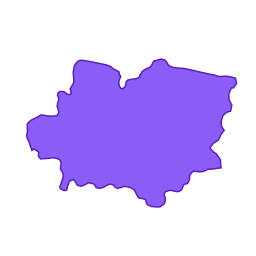 outline of Kruhlaye, Mogilev, Belarus, rotated 192°
{"feature_id": "67162791B94243355622129", "entity_name": "Kruhlaye", "entity_type": "district", "adm_level": 2, "iso_a3": "BLR", "parent_name": "Belarus", "parent_adm1": "Mogilev", "projection": "albers", "projection_center": [29.746, 54.199], "detail": "fine", "context": "isolated", "style": "filled", "palette": "violet", "viewbox_px": 256, "rotation_deg": 192, "n_neighbors": 0, "source": "geoboundaries", "source_scale": "gbopen_adm2", "svg_char_len": 2761}
<svg xmlns="http://www.w3.org/2000/svg" viewBox="0 0 256 256"><g transform="rotate(192 128 128)"><path d="M217.3,86.1L215.6,88.0L210.3,85.8L209.8,81.8L207.2,79.6L199.8,81.7L196.7,82.8L195.1,83.3L191.8,83.5L188.2,82.8L187.3,81.7L186.0,79.4L185.8,75.4L185.3,73.2L182.8,71.1L181.7,69.1L181.3,65.7L181.8,60.6L182.4,56.3L181.5,54.5L177.7,53.6L175.7,54.0L174.8,55.8L175.1,57.4L174.6,61.2L174.4,63.3L173.0,64.8L170.5,66.2L168.5,64.6L167.0,63.0L165.6,61.4L162.0,61.2L160.4,62.1L159.1,63.0L156.9,64.8L155.5,66.1L151.5,66.4L148.6,65.5L146.8,63.0L143.0,63.2L140.2,64.5L138.0,66.4L136.5,67.7L134.4,69.2L132.6,69.5L130.2,69.2L128.4,67.5L126.1,66.8L123.7,67.7L121.4,69.0L119.6,70.1L116.5,70.4L112.2,70.0L109.5,69.0L107.7,67.3L105.7,64.6L103.0,61.9L99.2,61.9L96.3,61.9L95.4,61.0L94.5,58.5L93.1,57.0L88.8,56.1L83.9,56.7L80.3,57.5L78.6,59.5L76.8,61.3L76.5,63.5L76.5,65.7L77.5,68.4L79.0,69.8L78.4,73.1L75.4,75.2L73.0,75.9L70.1,75.9L67.2,75.9L64.9,76.5L62.7,78.8L62.2,81.5L61.8,84.0L59.8,85.5L58.2,86.0L57.3,89.6L57.2,91.2L57.6,92.1L57.6,94.9L56.7,97.2L55.1,99.4L52.2,99.7L48.2,100.1L45.6,101.1L43.7,102.2L41.1,104.4L38.4,104.9L35.3,106.0L33.0,106.9L28.8,108.3L28.7,108.3L31.1,116.3L36.2,121.1L39.3,122.3L43.8,125.4L41.2,131.0L37.0,135.0L35.8,140.9L33.5,145.7L36.9,149.1L38.3,154.2L37.7,159.9L34.9,163.8L31.2,165.8L31.1,171.8L35.1,176.6L36.5,182.5L35.3,188.5L33.1,189.3L31.0,194.4L33.2,199.0L34.7,199.2L38.6,199.3L42.0,199.2L43.9,198.9L46.0,198.1L50.4,197.3L54.4,197.8L59.3,197.6L73.1,197.8L83.9,197.9L87.3,197.7L89.8,197.2L93.1,196.9L96.6,196.7L99.6,197.0L101.6,198.0L103.0,199.7L105.2,201.6L107.3,202.4L110.3,202.2L112.2,201.1L113.5,200.3L115.4,199.6L116.4,199.1L117.2,197.4L117.6,195.7L118.0,194.0L118.8,192.5L120.4,191.1L122.0,190.0L124.0,188.3L125.4,186.8L126.2,185.5L126.2,184.4L127.5,182.4L127.3,180.2L129.6,178.3L132.5,177.2L135.6,176.0L138.1,174.9L139.3,173.4L139.3,171.2L139.4,167.7L141.5,165.2L143.4,165.4L145.3,167.4L146.6,171.1L146.5,173.5L145.9,176.2L146.2,177.5L147.9,178.7L148.2,180.8L150.0,181.6L152.4,182.2L154.7,182.9L157.8,184.5L162.0,185.2L167.5,185.2L179.5,185.1L183.3,184.9L186.9,184.8L189.2,184.0L191.1,182.7L192.1,181.0L193.5,177.3L193.3,174.5L193.2,171.5L193.0,170.1L192.8,170.0L191.9,166.8L191.1,164.1L190.5,161.7L190.9,159.7L191.9,156.7L192.7,154.2L191.6,151.9L190.5,149.5L192.5,148.5L194.2,148.3L195.7,149.1L197.4,150.1L200.0,150.1L202.7,149.4L203.8,147.4L203.7,145.1L202.1,143.2L201.7,140.1L202.0,137.2L201.8,134.5L200.2,131.7L199.2,129.8L199.3,126.5L200.5,125.1L205.2,123.7L209.7,123.0L214.1,123.0L216.3,122.4L218.3,120.3L221.0,118.1L223.9,116.0L225.3,114.4L226.8,112.2L227.3,110.1L226.6,107.5L226.2,106.1L225.6,103.7L225.7,101.3L225.0,98.1L223.6,95.9L221.7,93.4L219.8,90.1L217.3,86.1Z" fill="#8b5cf6" stroke="#5b21b6" stroke-width="1.5"/></g></svg>